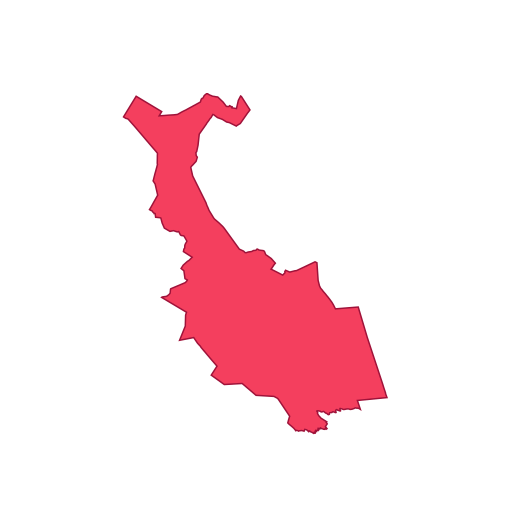 Asunción Ixtaltepec, Oaxaca, Mexico, rotated 121°
{"feature_id": "50627088B96030209859485", "entity_name": "Asunción Ixtaltepec", "entity_type": "district", "adm_level": 2, "iso_a3": "MEX", "parent_name": "Mexico", "parent_adm1": "Oaxaca", "projection": "equal_earth", "projection_center": [-94.983, 16.644], "detail": "fine", "context": "isolated", "style": "filled", "palette": "rose", "viewbox_px": 512, "rotation_deg": 121, "n_neighbors": 0, "source": "geoboundaries", "source_scale": "gbopen_adm2", "svg_char_len": 5966}
<svg xmlns="http://www.w3.org/2000/svg" viewBox="0 0 512 512"><g transform="rotate(121 256 256)"><path d="M274.5,362.0L272.6,357.9L272.5,357.1L276.1,353.4L279.3,348.9L279.2,342.4L276.8,339.8L276.6,339.2L276.4,338.0L275.9,335.9L274.9,334.9L275.3,334.1L276.1,332.9L276.9,331.5L276.9,331.2L276.9,330.8L276.8,330.3L276.1,328.7L276.0,328.4L276.0,328.1L276.7,326.7L278.8,323.0L279.1,322.8L281.5,322.8L282.5,322.7L283.5,322.5L285.6,321.4L286.1,321.2L286.9,321.4L287.7,321.2L289.6,320.5L289.6,320.0L289.9,310.1L292.0,310.6L294.0,311.1L294.6,311.3L295.8,312.0L301.4,313.7L301.8,313.7L305.3,313.8L305.8,310.2L312.0,305.2L311.9,302.5L312.5,302.4L314.9,302.8L315.5,303.1L328.0,312.2L328.4,312.2L329.7,311.6L332.0,310.5L332.6,310.5L333.8,310.7L335.6,311.4L336.4,311.8L337.0,312.3L337.6,313.1L339.0,314.8L339.6,315.4L340.1,315.6L340.0,288.8L340.0,286.6L342.9,285.9L352.5,280.5L367.6,278.1L358.0,267.4L360.9,261.1L361.6,258.7L361.9,257.5L361.9,257.4L362.7,255.9L367.8,240.9L370.5,232.7L381.2,233.0L382.5,217.0L372.4,202.2L375.4,184.2L367.1,168.3L366.9,164.1L367.7,162.2L376.0,144.6L379.3,143.8L382.7,142.8L383.2,140.8L383.6,137.9L384.2,134.8L385.2,132.0L384.8,132.0L384.1,130.0L384.2,129.3L383.4,128.7L382.1,127.0L381.5,125.2L381.4,124.6L379.5,124.9L378.9,123.1L379.4,120.4L378.7,120.5L378.3,119.9L378.6,118.9L378.3,117.1L378.4,115.2L378.2,115.0L378.0,114.8L377.7,115.0L377.5,115.3L377.2,115.3L377.1,114.0L376.2,114.3L376.2,114.8L375.6,114.9L375.5,114.7L375.4,115.2L375.3,114.6L374.9,115.1L374.6,115.0L374.5,114.1L374.4,113.9L374.2,113.7L373.9,113.7L373.6,113.3L373.6,112.8L373.1,112.7L373.0,113.5L371.7,114.0L371.4,113.2L371.7,112.8L371.4,112.1L370.9,112.2L370.7,112.5L370.1,112.2L370.2,110.8L369.7,109.4L369.7,108.8L369.2,107.9L368.0,107.8L368.4,106.7L367.4,106.2L366.4,108.7L363.2,108.5L362.4,110.2L361.7,110.0L361.5,116.9L361.4,117.2L361.3,117.4L361.1,117.8L361.0,118.6L360.5,120.1L359.9,121.2L359.6,121.8L359.3,122.2L359.1,122.3L358.7,122.3L358.5,122.5L358.2,122.8L358.0,123.4L357.8,123.8L357.5,124.0L356.7,123.2L356.6,122.7L356.4,122.1L356.1,121.4L356.0,121.1L356.1,120.2L356.1,119.9L355.6,119.1L355.4,118.9L355.1,118.7L354.8,118.5L354.6,118.3L354.4,117.9L354.5,117.1L354.6,116.6L354.6,116.1L354.8,115.6L354.7,115.2L354.6,114.9L354.5,114.2L354.8,112.7L354.7,112.3L354.5,111.9L354.2,111.8L353.9,111.6L353.5,111.9L353.2,112.0L352.4,112.1L352.0,111.6L351.7,111.3L351.3,110.6L351.0,110.3L350.4,110.3L350.2,110.2L349.7,109.4L349.4,108.1L349.4,107.6L349.3,107.2L348.9,106.8L347.5,108.1L347.1,108.0L346.8,108.1L346.4,108.1L346.2,107.9L346.0,107.4L346.0,107.1L346.1,106.7L345.8,105.5L345.8,104.9L345.7,104.6L345.6,104.4L345.5,104.0L345.3,103.8L345.0,103.9L344.6,104.7L343.8,105.3L343.5,105.5L343.3,105.3L342.8,103.5L342.7,102.8L342.6,102.3L342.5,101.9L342.3,101.5L341.9,101.2L341.7,100.8L341.5,100.6L340.8,100.0L340.5,99.5L339.9,98.8L339.4,97.8L339.2,97.2L339.1,96.5L338.8,95.9L338.4,95.4L338.1,95.1L337.7,94.6L337.3,94.4L336.4,93.5L336.0,93.3L335.5,93.0L335.0,92.6L334.8,92.0L334.6,91.4L334.3,90.9L333.7,89.7L333.7,87.6L327.6,94.7L309.9,70.8L307.3,74.0L306.8,74.3L303.2,78.5L300.6,81.4L268.4,118.8L247.1,142.1L260.4,160.7L258.0,164.5L256.5,167.3L255.0,170.9L254.0,173.5L253.8,174.0L253.7,174.5L252.8,176.8L252.0,179.3L251.5,180.8L251.2,181.3L250.3,184.1L249.7,184.9L249.2,185.8L248.9,186.2L244.9,190.2L230.4,200.3L230.6,202.4L247.6,213.7L248.8,215.2L252.4,218.8L253.0,223.3L254.5,223.3L254.8,223.0L255.4,222.6L255.8,222.6L256.2,222.7L257.2,223.0L257.8,223.0L258.6,223.3L259.5,236.3L259.1,236.2L258.8,236.2L254.2,236.0L252.2,235.7L250.3,241.6L250.3,241.8L250.2,243.0L249.9,246.6L249.9,247.9L249.8,248.2L249.7,248.5L247.9,250.9L247.7,251.2L247.6,251.5L247.6,251.9L247.6,252.1L247.7,252.7L249.2,256.1L249.3,256.4L249.3,256.7L249.3,258.0L249.4,258.3L249.4,258.5L249.7,258.8L250.2,258.8L250.7,258.9L251.3,259.2L252.7,261.1L253.7,261.6L254.3,262.0L255.6,263.5L256.3,264.4L257.1,265.2L257.9,265.8L258.3,266.3L258.7,267.0L258.5,268.0L258.2,269.1L258.7,273.8L258.5,274.3L248.6,297.5L247.9,299.5L246.7,304.7L246.2,307.6L245.7,310.6L245.2,311.9L241.1,319.7L239.3,322.1L237.9,324.2L236.1,326.3L220.0,351.5L213.6,357.6L212.0,357.5L211.5,357.3L210.2,357.0L205.7,356.1L201.5,357.2L200.8,358.9L198.3,360.8L197.1,360.6L191.0,362.7L189.9,363.2L180.8,367.4L177.6,367.2L175.1,367.0L168.2,366.5L167.8,366.6L163.8,366.2L162.3,366.2L160.4,365.8L156.9,365.9L156.7,365.0L157.2,360.3L156.2,355.1L156.3,350.2L155.4,347.6L154.8,339.8L154.1,339.6L150.5,337.7L137.2,336.8L136.9,336.7L133.9,336.4L126.8,350.7L126.8,351.6L131.7,351.3L139.7,348.7L141.4,353.0L140.4,353.4L140.8,354.0L140.7,354.1L140.6,355.3L140.8,355.5L140.8,356.1L141.7,356.2L142.1,356.6L143.0,358.4L143.0,358.5L141.0,363.5L139.4,370.7L139.9,371.7L140.3,372.8L140.5,373.1L140.5,373.4L140.8,374.1L141.4,375.5L141.6,377.2L141.8,378.2L141.9,379.5L141.9,380.2L141.8,381.0L142.4,382.0L144.5,382.8L145.4,383.0L146.4,382.9L147.4,382.8L148.0,382.9L148.7,383.4L148.8,383.3L149.2,383.5L149.3,383.5L149.5,383.5L149.8,383.7L152.2,383.1L152.7,383.0L153.7,383.6L154.8,384.2L155.4,384.6L157.7,385.9L159.5,387.0L161.3,388.0L161.9,388.4L162.8,388.9L163.7,389.5L164.4,389.8L165.1,390.3L165.5,390.5L166.9,391.3L168.7,392.5L171.1,394.0L173.5,395.3L175.2,396.3L175.3,396.5L177.3,399.1L180.1,403.2L180.3,403.5L182.9,407.1L185.7,411.2L180.8,411.2L180.8,441.0L205.0,441.2L205.1,439.9L205.0,439.2L205.1,438.6L204.9,437.9L204.7,437.3L204.5,436.8L204.6,436.1L204.8,435.1L205.0,434.6L207.3,427.2L211.2,415.6L213.2,409.7L216.6,399.5L216.7,399.3L216.7,399.2L217.9,395.5L218.6,393.5L219.6,392.8L220.0,392.7L222.9,391.0L227.4,388.4L227.8,388.1L228.1,387.7L230.0,387.1L230.4,387.0L230.6,386.9L232.5,386.4L234.2,385.9L234.5,385.8L238.2,384.8L239.1,384.5L240.8,384.0L243.7,383.1L244.6,382.9L246.3,379.5L254.5,371.6L261.7,371.4L262.5,371.4L264.3,371.3L268.2,371.2L271.1,371.2L271.1,369.4L270.9,368.7L270.9,368.0L271.2,367.7L271.6,366.6L271.6,366.0L271.9,365.4L272.1,365.2L271.9,365.0L271.7,364.7L271.6,364.3L274.5,362.0Z" fill="#f43f5e" stroke="#9f1239" stroke-width="1.5"/></g></svg>